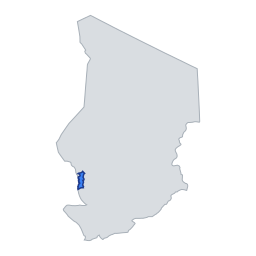 Chari, Chari-Baguirmi, Chad shown in context
{"feature_id": "50815135B55510615891344", "entity_name": "Chari", "entity_type": "district", "adm_level": 2, "iso_a3": "TCD", "parent_name": "Chad", "parent_adm1": "Chari-Baguirmi", "projection": "orthographic", "projection_center": [15.102, 11.728], "detail": "fine", "context": "in_parent", "style": "filled", "palette": "blue", "viewbox_px": 256, "rotation_deg": 0, "n_neighbors": 0, "source": "geoboundaries", "source_scale": "gbopen_adm2", "svg_char_len": 5079}
<svg xmlns="http://www.w3.org/2000/svg" viewBox="0 0 256 256"><path d="M197.2,68.7L197.5,75.0L197.9,81.2L198.2,87.5L198.5,93.8L198.8,100.1L199.1,106.4L199.4,112.7L199.6,119.0L199.7,121.1L199.6,121.9L199.5,122.0L199.3,122.2L196.0,121.7L194.6,121.7L192.7,122.2L189.8,122.5L187.9,122.5L186.6,123.6L185.7,125.0L186.3,128.1L186.2,129.1L185.8,130.2L185.0,131.2L184.1,132.0L183.6,132.6L183.0,134.1L182.6,134.7L182.6,135.6L182.5,136.6L182.0,137.1L180.7,137.5L179.8,137.9L179.1,138.6L178.7,139.1L178.9,139.7L179.3,140.6L179.5,142.0L179.7,142.8L180.4,143.5L180.8,144.0L181.0,144.5L180.6,145.0L179.0,146.1L178.3,146.5L177.6,147.0L177.3,147.2L176.1,148.2L175.5,149.1L175.2,149.8L175.3,150.8L175.9,152.3L176.6,153.5L176.9,154.4L177.1,155.5L177.1,156.4L176.8,157.3L176.2,158.1L173.9,159.6L172.8,161.2L172.0,163.2L171.8,164.2L172.0,164.9L172.5,165.5L173.2,165.8L174.2,165.8L175.9,165.5L177.4,165.2L179.1,165.9L180.0,167.5L179.7,168.7L180.3,170.8L181.0,173.4L180.9,174.2L181.2,174.6L182.2,174.7L182.5,175.3L182.2,179.9L182.7,181.1L183.5,182.0L184.2,182.5L185.0,183.0L185.5,183.5L186.4,183.5L187.4,184.3L187.7,185.4L187.7,186.5L187.1,188.8L186.7,190.4L186.1,190.3L184.9,189.9L183.4,189.6L181.6,189.4L179.9,190.1L178.1,191.0L177.5,191.6L177.0,192.0L176.2,191.9L175.4,192.0L175.1,192.6L174.4,193.3L171.7,194.7L171.2,195.2L170.9,195.7L170.9,196.2L171.2,197.3L171.2,198.6L170.6,199.7L169.9,200.5L169.2,200.8L168.5,200.9L168.1,201.4L166.7,203.9L166.1,204.4L164.9,204.3L161.4,208.1L161.1,209.2L159.8,210.8L158.2,212.5L156.8,213.4L156.7,213.7L156.3,214.0L155.4,214.4L152.3,216.6L148.5,216.6L146.9,217.4L145.2,217.8L142.9,218.3L142.2,218.2L139.1,218.4L135.6,218.4L134.2,218.8L133.0,219.6L132.0,220.3L131.9,220.5L132.0,220.8L132.0,221.0L134.5,222.7L135.1,223.5L134.5,224.4L134.2,224.5L133.8,225.2L132.3,227.1L130.1,229.4L129.0,230.1L128.5,230.5L128.0,232.1L127.6,232.3L126.1,232.5L123.0,232.7L118.8,233.2L116.3,233.4L114.8,233.3L112.6,234.4L111.8,234.6L111.3,234.7L109.1,235.8L107.3,237.3L106.7,237.6L104.1,238.3L103.1,239.4L102.7,239.5L101.0,238.1L99.9,236.8L99.3,235.5L99.3,235.1L99.0,235.2L98.1,235.7L97.3,236.4L96.9,237.7L94.3,238.5L92.1,239.3L91.0,240.2L89.4,240.6L87.4,240.5L85.8,240.1L84.3,240.0L85.0,238.8L85.3,238.0L85.4,236.9L85.3,236.2L84.4,235.9L83.8,235.3L82.5,232.0L81.1,228.7L79.2,225.3L77.1,223.2L75.6,221.9L75.1,221.8L74.4,221.3L73.8,221.0L71.1,218.7L68.2,216.2L67.5,215.0L66.1,213.3L64.5,211.5L63.7,210.7L63.3,209.2L64.4,207.9L65.6,206.3L67.0,205.2L68.9,205.1L72.0,205.6L75.3,205.7L78.6,205.4L79.4,205.1L80.3,205.2L82.0,205.5L85.1,205.5L86.7,204.8L85.0,203.6L83.2,201.8L81.4,199.8L80.4,198.0L79.4,195.7L78.5,192.8L78.0,189.1L78.1,187.0L78.3,185.5L79.3,183.0L78.7,181.6L78.8,180.4L78.7,178.7L78.4,177.9L77.2,175.0L77.0,174.7L75.9,172.7L75.5,169.4L74.3,167.2L72.4,166.2L71.3,164.9L70.9,162.6L70.1,162.0L67.2,161.2L64.7,161.2L62.9,158.7L60.5,155.4L58.4,152.3L57.0,146.2L56.3,142.7L57.2,141.7L59.0,139.2L61.3,134.5L66.4,127.1L69.0,123.4L74.2,117.8L80.5,110.9L84.0,107.0L84.6,100.0L85.2,92.5L85.6,86.9L86.2,80.2L86.6,74.6L87.0,70.6L87.4,64.8L87.8,63.7L90.3,59.2L90.4,58.6L90.0,57.9L86.5,54.1L85.4,53.2L84.8,51.2L85.7,50.1L81.5,43.7L80.5,42.9L80.0,42.2L80.0,41.0L79.9,36.6L78.8,29.7L77.4,21.6L82.2,19.3L85.8,17.6L90.5,15.4L94.8,17.6L101.1,20.9L107.4,24.1L113.7,27.4L120.0,30.6L126.4,33.8L132.7,37.0L139.1,40.2L145.5,43.4L152.0,46.6L158.4,49.8L164.8,53.0L171.3,56.1L177.8,59.3L184.2,62.4L190.7,65.6L197.2,68.7Z" fill="#d9dde1" stroke="#a8b0b8" stroke-width="1"/><path d="M84.6,173.4L84.1,172.9L83.7,172.5L83.2,172.0L82.7,171.4L82.5,171.7L82.1,172.0L81.8,172.3L81.2,172.6L80.5,172.9L80.0,173.0L79.3,173.1L78.9,173.2L78.7,173.3L78.4,173.3L78.2,173.5L78.3,173.5L78.7,173.7L79.0,173.9L79.2,174.1L79.3,174.2L79.4,174.3L79.6,174.5L79.9,174.9L80.0,175.1L80.1,175.5L80.0,175.8L79.9,176.0L79.7,176.2L79.5,176.4L79.4,176.4L79.2,176.5L78.9,176.6L78.7,176.8L78.6,177.0L78.5,176.9L78.4,176.9L78.3,177.0L78.5,177.3L78.5,177.5L78.4,177.6L78.3,177.8L78.2,177.8L78.2,178.0L78.3,178.2L78.3,178.3L78.3,178.5L78.4,178.8L78.5,178.8L78.6,178.7L78.8,178.7L78.9,178.8L78.9,179.1L79.0,179.2L79.1,179.3L79.2,179.5L78.9,179.7L78.8,179.8L78.7,179.8L78.7,180.0L78.8,180.0L79.0,180.1L79.0,180.3L78.9,180.4L78.7,180.3L78.5,180.5L78.5,180.8L78.7,181.0L78.7,181.3L78.8,181.4L78.7,181.5L78.8,181.8L78.8,182.0L79.0,182.0L79.0,182.3L78.9,182.4L79.0,182.5L79.4,182.6L79.5,182.7L79.6,182.8L79.6,183.0L79.5,183.3L79.4,183.4L79.4,183.5L79.2,183.6L79.0,183.8L78.9,183.9L78.9,184.0L79.0,184.0L78.9,184.1L78.8,184.3L78.7,184.3L78.6,184.5L78.5,184.8L78.4,184.9L78.4,185.1L78.5,185.4L78.5,185.5L78.4,185.7L78.3,185.8L78.3,186.0L78.2,186.1L78.3,186.2L78.3,186.3L78.1,186.4L78.1,186.6L77.9,186.7L77.9,186.8L78.0,186.9L78.0,187.0L78.0,187.3L78.1,187.5L78.1,187.8L78.0,188.0L78.1,188.3L78.1,188.5L77.9,188.8L78.0,188.9L78.1,189.0L78.1,189.3L78.7,189.0L80.8,187.8L83.1,187.7L82.9,187.3L83.5,186.7L83.3,186.4L83.0,185.5L82.7,185.1L82.9,183.8L83.5,182.2L83.2,181.2L82.8,180.4L83.4,180.4L83.8,180.0L84.0,179.2L83.7,178.4L83.1,177.4L83.2,176.5L83.4,175.6L83.5,174.8L83.9,174.0L84.6,173.4Z" fill="#3b82f6" stroke="#1e3a8a" stroke-width="1.5"/></svg>